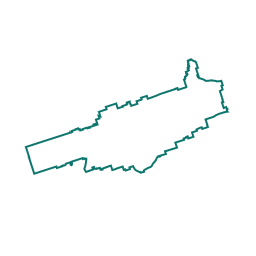 the district of Cranbrook, Western Australia, Australia, rotated 162°
{"feature_id": "25037944B20309273511019", "entity_name": "Cranbrook", "entity_type": "district", "adm_level": 2, "iso_a3": "AUS", "parent_name": "Australia", "parent_adm1": "Western Australia", "projection": "mercator", "projection_center": [117.133, -34.334], "detail": "fine", "context": "isolated", "style": "outline", "palette": "teal", "viewbox_px": 256, "rotation_deg": 162, "n_neighbors": 0, "source": "geoboundaries", "source_scale": "gbopen_adm2", "svg_char_len": 5044}
<svg xmlns="http://www.w3.org/2000/svg" viewBox="0 0 256 256"><g transform="rotate(162 128 128)"><path d="M28.4,112.8L28.5,113.0L28.6,113.7L28.5,114.2L28.3,114.7L27.8,114.7L27.7,114.8L27.7,115.2L27.6,115.5L28.2,115.5L28.1,115.9L28.4,117.1L28.3,117.6L29.6,117.6L30.7,117.4L30.8,117.4L30.8,123.3L29.4,123.1L29.4,126.1L29.2,126.1L29.2,134.7L26.1,135.4L26.1,139.3L24.7,139.3L24.7,144.0L25.6,144.0L29.4,145.0L29.8,145.5L31.5,146.4L32.3,146.7L33.2,147.1L33.7,147.3L33.7,147.5L34.4,147.6L35.6,147.9L36.8,148.0L38.1,148.4L39.5,148.8L39.8,149.1L40.5,150.1L41.8,151.3L43.1,152.2L43.7,152.7L44.2,153.0L44.6,153.4L44.9,153.4L44.9,154.9L45.8,154.9L45.9,156.7L44.9,156.7L44.9,163.6L43.0,163.6L43.0,169.3L43.3,170.4L43.4,170.5L43.6,170.7L43.8,170.8L44.1,170.8L44.5,171.0L44.8,171.3L45.2,171.8L45.5,172.3L45.8,172.4L46.1,172.7L46.4,173.3L46.4,173.5L46.5,173.6L46.8,173.8L46.9,174.4L46.9,174.6L47.3,173.6L47.7,173.8L47.8,173.9L48.1,173.9L48.3,173.8L48.3,173.7L48.4,173.3L48.6,173.3L48.8,173.3L49.1,173.3L49.6,173.4L49.9,173.6L50.0,173.5L50.3,173.5L50.3,173.4L50.2,173.3L50.2,173.1L49.9,173.0L49.8,172.9L50.0,172.7L50.3,172.7L50.5,172.7L50.6,172.2L50.7,171.9L50.6,171.4L50.6,171.0L50.5,170.7L50.5,170.4L50.6,169.9L50.7,169.6L50.8,169.5L51.0,169.5L51.4,169.7L51.5,169.4L51.4,168.8L51.4,168.7L51.5,168.4L51.4,168.3L51.2,168.1L50.7,168.1L50.6,167.9L50.7,167.6L50.8,167.5L50.9,167.4L51.1,167.4L51.6,167.4L52.1,167.5L52.2,167.4L52.2,167.1L52.1,166.3L51.9,166.0L51.9,165.8L51.9,165.7L52.1,165.6L52.3,165.5L52.7,165.7L52.9,165.6L53.0,165.7L53.1,165.2L53.0,165.3L52.9,165.4L52.7,165.3L52.7,165.1L52.6,164.9L52.7,164.7L52.8,164.5L52.7,164.5L52.4,164.4L52.3,164.1L52.8,163.9L53.0,163.9L53.3,163.7L53.8,163.7L54.2,163.5L54.4,163.4L54.9,163.3L55.0,163.2L55.3,163.3L55.4,163.5L55.6,163.5L55.6,163.4L55.6,163.2L55.4,162.9L55.5,162.7L55.8,162.4L55.9,162.2L55.9,161.8L55.7,161.5L55.3,161.5L55.1,161.5L55.0,161.4L54.9,161.3L54.9,161.2L54.8,160.8L54.8,160.7L55.0,160.6L55.4,160.8L55.5,160.7L55.5,160.3L55.6,160.0L55.7,159.9L55.8,159.9L55.9,160.0L56.1,160.1L56.3,160.0L56.4,159.9L56.3,159.5L56.4,159.4L56.5,159.4L56.9,159.5L57.0,159.4L57.0,159.2L57.7,158.9L57.8,158.9L57.9,159.1L58.0,159.1L58.5,157.9L58.3,157.7L58.2,157.6L58.2,157.4L58.4,157.1L58.8,156.9L58.9,156.6L59.0,156.4L59.3,156.2L59.6,156.2L59.6,156.3L59.8,156.4L59.8,154.5L59.8,148.9L60.0,148.8L68.6,148.8L68.6,150.7L70.8,150.7L70.8,150.4L86.6,150.4L90.5,150.0L95.2,149.8L97.7,149.7L100.2,149.7L100.2,152.7L106.1,152.7L106.0,152.4L106.2,151.9L106.1,151.0L106.5,150.8L111.6,150.8L111.6,148.1L118.1,148.1L118.1,149.4L118.1,149.7L118.4,149.9L118.4,152.0L118.3,152.3L118.2,152.6L121.4,152.6L121.5,152.3L121.5,152.1L121.3,152.0L121.1,151.6L121.2,151.4L121.1,151.2L121.6,151.0L121.9,151.0L122.2,150.9L122.2,150.6L126.5,150.6L126.5,149.8L131.7,149.9L131.7,154.9L142.6,154.9L142.6,152.4L146.5,152.4L150.7,152.3L150.7,147.6L152.2,148.7L152.2,145.9L152.3,145.9L155.9,145.9L155.9,140.7L157.9,140.7L157.9,142.0L159.8,142.0L159.8,140.7L163.5,140.7L163.8,140.4L163.9,140.7L163.9,140.8L164.8,140.8L164.8,140.2L166.7,140.2L166.9,141.0L171.4,141.0L171.4,140.4L174.2,140.4L174.2,141.9L175.6,141.9L175.6,143.1L178.2,143.0L178.2,142.6L182.3,142.6L182.3,141.5L182.5,141.5L182.8,141.4L183.2,141.4L183.4,141.3L183.5,141.4L183.8,141.4L183.9,141.5L183.9,141.4L184.9,141.4L231.0,141.5L231.0,130.7L231.3,130.8L231.3,113.5L208.0,113.5L208.0,111.9L202.6,111.9L202.6,112.4L201.0,112.4L201.0,112.2L200.7,112.2L200.1,112.0L199.6,112.0L199.3,112.1L199.2,112.1L198.5,112.5L198.2,113.2L193.2,113.2L193.5,112.6L193.8,111.8L193.9,110.8L193.7,110.3L193.3,110.1L192.8,110.4L192.8,110.6L192.2,111.5L192.1,112.2L192.2,112.5L192.2,112.8L192.1,113.4L180.5,113.4L180.5,112.4L179.3,112.4L179.2,112.6L178.9,112.6L178.6,112.5L178.6,112.2L178.5,111.7L177.2,111.7L177.3,111.3L177.3,111.0L178.0,109.6L178.3,108.9L180.3,105.2L181.9,103.0L182.0,102.9L182.0,102.7L182.1,102.3L182.1,102.1L181.5,99.2L178.3,99.2L178.3,99.3L174.1,99.3L174.1,101.5L172.5,101.5L172.7,100.8L172.6,99.8L171.8,99.4L170.8,99.4L170.8,98.9L167.1,98.9L167.1,97.0L165.8,97.0L165.8,96.4L165.0,96.4L165.0,97.3L160.2,97.3L160.2,97.5L155.9,97.5L155.9,92.8L151.7,92.8L151.2,93.0L145.0,93.0L145.0,89.5L143.4,89.5L143.4,88.3L138.8,88.3L138.8,90.1L135.0,90.1L135.0,89.8L134.2,86.4L133.7,85.6L133.0,84.8L131.4,83.3L130.5,82.4L129.8,82.4L129.6,82.0L129.9,81.8L129.6,81.5L126.3,81.4L126.3,82.4L126.1,82.7L124.5,83.2L120.9,83.9L119.5,83.9L118.4,84.0L117.1,84.6L115.4,86.3L113.8,87.3L113.5,87.3L113.3,87.6L112.2,88.2L111.6,88.8L111.2,89.0L110.5,90.0L108.4,91.7L107.0,91.7L107.0,91.1L106.1,91.1L106.1,91.7L104.1,91.7L100.0,91.5L100.0,94.5L99.4,94.5L99.4,94.3L92.1,94.3L92.1,94.2L87.5,94.2L87.5,99.5L78.3,99.4L78.3,100.8L75.5,100.8L75.5,101.2L75.4,101.6L73.8,101.6L73.8,99.4L68.5,99.4L68.5,104.0L63.3,104.0L63.3,104.6L63.2,104.8L63.3,105.1L63.3,105.4L61.7,105.6L60.6,105.8L60.1,105.9L58.6,105.9L57.7,105.9L57.7,104.2L51.8,104.2L51.8,106.1L51.6,106.1L51.6,112.2L43.2,112.2L40.3,113.0L35.8,113.4L34.7,113.2L32.3,113.3L32.1,113.2L31.1,113.1L30.7,113.2L28.4,112.8Z" fill="none" stroke="#0f766e" stroke-width="2"/></g></svg>